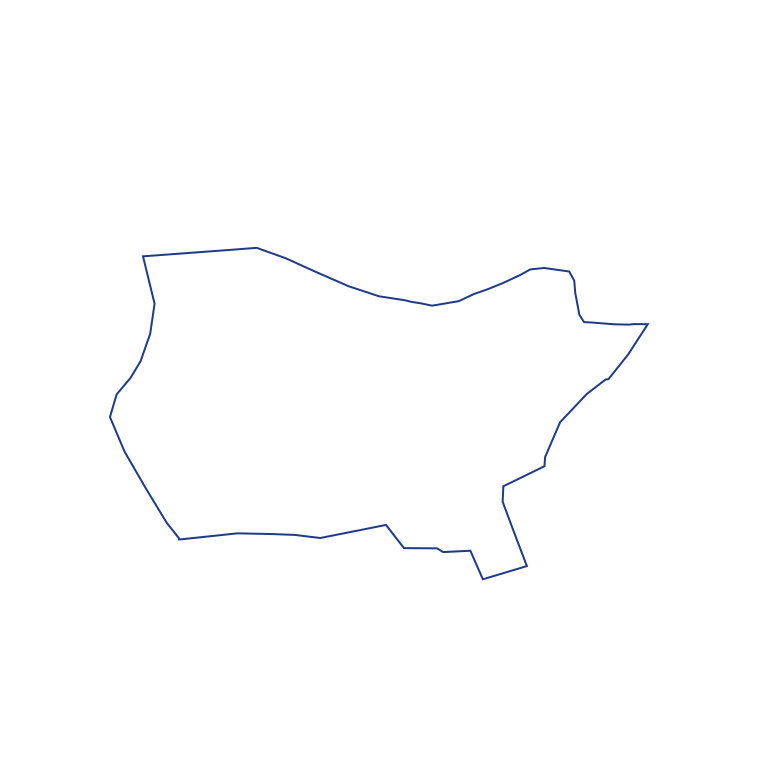 Ekiti East, Ekiti, Nigeria (Natural Earth projection), rotated 241°
{"feature_id": "59680162B97170897047692", "entity_name": "Ekiti East", "entity_type": "district", "adm_level": 2, "iso_a3": "NGA", "parent_name": "Nigeria", "parent_adm1": "Ekiti", "projection": "natural_earth1", "projection_center": [5.672, 7.718], "detail": "fine", "context": "isolated", "style": "outline", "palette": "blue", "viewbox_px": 768, "rotation_deg": 241, "n_neighbors": 0, "source": "geoboundaries", "source_scale": "gbopen_adm2", "svg_char_len": 946}
<svg xmlns="http://www.w3.org/2000/svg" viewBox="0 0 768 768"><g transform="rotate(241 384 384)"><path d="M347.3,129.4L324.4,183.5L307.4,212.7L295.4,232.6L280.2,253.6L259.8,317.4L230.8,321.9L214.5,350.8L208.4,354.2L196.3,378.7L165.3,375.8L155.5,420.7L193.0,426.1L223.5,430.7L236.7,438.8L234.3,484.5L242.0,489.5L265.2,519.5L277.0,556.7L280.5,579.9L279.4,582.6L291.4,611.7L308.4,643.7L315.2,631.7L317.0,627.4L324.4,614.6L337.2,595.3L341.1,589.0L349.7,588.4L370.9,595.4L382.2,600.5L392.6,600.5L407.8,580.4L413.3,567.5L413.3,556.3L414.7,536.2L416.8,519.4L419.1,506.3L420.2,489.6L429.2,464.0L436.7,455.3L442.4,448.0L447.1,442.9L463.1,422.2L486.6,400.5L515.0,378.8L521.4,374.0L541.9,358.8L555.5,346.8L564.8,338.7L575.5,315.3L612.5,235.1L565.5,222.3L541.2,203.8L530.6,191.8L521.9,182.1L512.2,165.2L504.5,145.1L488.0,128.3L450.6,124.3L407.8,125.1L367.7,126.7L348.6,129.9L348.0,129.6L347.3,129.4Z" fill="none" stroke="#1e3a8a" stroke-width="2"/></g></svg>